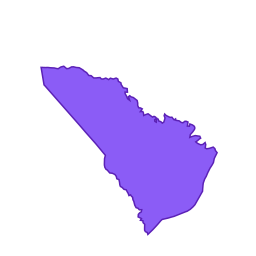 the district of Governador Edison Lobão, Maranhão, Brazil, rotated 230°
{"feature_id": "56859067B27308579936525", "entity_name": "Governador Edison Lobão", "entity_type": "district", "adm_level": 2, "iso_a3": "BRA", "parent_name": "Brazil", "parent_adm1": "Maranhão", "projection": "orthographic", "projection_center": [-47.329, -5.727], "detail": "fine", "context": "isolated", "style": "filled", "palette": "violet", "viewbox_px": 256, "rotation_deg": 230, "n_neighbors": 0, "source": "geoboundaries", "source_scale": "gbopen_adm2", "svg_char_len": 2443}
<svg xmlns="http://www.w3.org/2000/svg" viewBox="0 0 256 256"><g transform="rotate(230 128 128)"><path d="M51.8,180.4L54.5,180.5L56.4,181.3L58.6,181.0L60.1,177.3L61.5,174.9L63.1,174.3L65.3,176.9L67.3,177.7L67.3,174.8L68.4,172.9L70.2,172.0L71.6,171.4L73.8,171.0L73.6,172.9L73.7,175.6L73.5,177.1L75.5,177.7L79.0,174.6L80.5,171.2L81.1,169.3L82.9,171.5L83.4,175.0L84.2,178.0L85.0,179.2L86.6,179.9L88.8,179.4L91.3,178.0L89.9,176.2L91.3,174.7L94.0,177.8L95.6,177.0L96.6,175.9L96.7,173.4L98.2,172.3L100.6,171.8L103.1,169.6L104.4,170.3L104.5,168.6L106.3,168.5L108.0,168.6L109.2,167.0L111.8,165.8L113.3,165.2L115.1,165.1L114.2,163.6L111.9,162.8L110.6,161.0L109.5,159.2L109.7,157.4L111.8,157.2L113.5,156.1L115.4,156.8L117.0,155.9L118.7,156.1L120.2,155.4L120.6,153.8L126.0,152.5L126.9,150.2L127.5,148.1L129.6,149.5L131.1,149.9L132.6,148.0L133.5,151.2L135.3,150.5L136.6,149.2L139.0,149.9L140.9,151.5L143.2,152.7L147.9,151.7L150.0,150.3L151.6,150.1L151.7,148.5L148.2,147.1L150.7,146.5L153.2,147.3L156.2,147.9L157.4,148.8L155.8,150.6L157.3,151.7L158.7,152.7L160.3,151.5L161.8,150.2L165.6,150.7L167.2,151.6L169.9,150.6L172.1,151.7L173.9,151.0L175.0,148.2L177.5,146.5L177.5,144.3L180.5,143.1L181.5,140.4L182.8,139.1L184.6,139.0L185.7,137.5L186.8,135.8L188.4,133.9L191.8,133.4L193.5,131.7L197.0,131.9L199.8,131.0L201.5,130.8L205.5,129.4L207.7,127.2L209.9,125.6L211.1,124.0L211.7,121.0L212.8,119.2L216.6,118.5L217.9,115.8L218.3,112.6L219.4,111.6L221.4,110.1L223.9,107.4L226.0,105.4L227.3,103.7L230.3,100.4L215.0,91.4L213.5,91.5L161.1,92.7L151.8,92.8L136.8,93.2L135.1,93.2L121.6,93.1L119.6,90.3L116.0,87.1L114.8,86.1L112.8,85.0L110.5,84.6L109.0,85.1L105.3,85.1L103.4,86.9L100.8,88.1L98.4,87.9L96.3,86.8L94.3,87.9L92.2,86.8L89.7,85.2L88.1,84.6L86.3,85.3L83.6,85.5L81.8,86.9L79.6,86.4L77.8,86.1L75.6,85.3L75.1,87.0L73.6,86.8L72.0,87.0L69.9,85.7L68.1,85.3L64.6,83.6L61.8,83.0L60.0,84.1L58.1,84.1L56.6,86.0L55.2,84.2L55.5,82.3L55.2,80.4L53.4,78.6L50.0,80.1L49.3,78.2L47.4,79.8L45.8,78.7L43.5,78.9L40.6,76.3L39.0,75.0L37.4,74.7L35.6,75.6L33.7,74.8L34.2,81.8L35.1,88.8L35.9,93.5L36.0,95.4L33.2,100.9L32.0,103.7L30.7,106.5L26.8,118.3L26.2,119.8L25.7,123.5L25.8,127.0L26.2,129.9L31.1,143.0L31.6,144.4L33.6,146.3L36.1,148.8L37.4,150.2L39.6,153.9L40.7,156.9L41.7,158.8L42.6,160.6L44.5,165.0L45.6,168.6L46.6,171.2L49.2,174.5L51.8,180.4ZM117.0,155.9L115.5,154.5L114.3,153.4L115.8,152.8L117.2,153.7L117.0,155.9Z" fill="#8b5cf6" stroke="#5b21b6" stroke-width="1.5"/></g></svg>